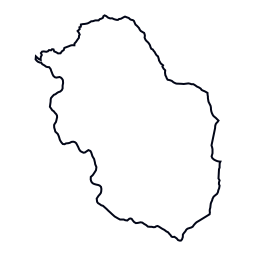 Morro Agudo, São Paulo, Brazil (Mercator projection)
{"feature_id": "56859067B75042481865751", "entity_name": "Morro Agudo", "entity_type": "district", "adm_level": 2, "iso_a3": "BRA", "parent_name": "Brazil", "parent_adm1": "São Paulo", "projection": "mercator", "projection_center": [-48.177, -20.691], "detail": "fine", "context": "isolated", "style": "outline", "palette": "ink", "viewbox_px": 256, "rotation_deg": 0, "n_neighbors": 0, "source": "geoboundaries", "source_scale": "gbopen_adm2", "svg_char_len": 4050}
<svg xmlns="http://www.w3.org/2000/svg" viewBox="0 0 256 256"><path d="M52.5,74.2L53.4,75.9L54.8,77.2L56.3,77.6L59.6,77.0L61.0,77.7L62.0,78.7L62.9,80.2L63.1,83.0L62.6,85.6L62.6,88.4L61.9,90.0L60.3,91.5L58.3,92.2L57.0,93.0L55.5,94.2L53.9,94.8L52.4,96.4L51.0,98.1L50.7,99.5L50.6,101.8L49.9,106.8L51.4,109.0L52.3,110.3L53.7,111.2L55.1,113.0L56.2,114.1L57.0,115.6L57.1,117.3L56.7,118.9L56.4,120.3L55.9,122.1L54.8,123.6L54.1,125.0L54.2,127.6L54.9,129.8L55.3,131.6L57.8,134.0L58.8,136.3L59.4,138.2L59.8,139.7L60.6,141.2L61.4,142.4L62.8,144.0L64.6,144.2L66.0,143.4L68.3,143.2L69.8,142.8L71.5,141.9L73.3,141.7L74.8,142.1L76.2,143.2L77.0,144.7L78.2,147.0L79.2,149.4L80.5,151.2L82.0,152.0L83.5,152.7L84.9,152.5L88.4,150.1L90.4,151.0L91.2,152.4L92.5,156.4L94.1,159.0L94.5,160.7L94.9,162.3L95.2,164.2L96.4,167.1L96.0,170.1L95.3,171.3L93.8,173.6L92.7,175.2L90.8,176.9L90.7,179.5L91.3,181.6L92.6,183.2L94.2,184.0L96.3,184.6L98.2,185.0L99.7,185.6L101.0,186.9L101.4,189.0L101.2,191.5L100.8,193.0L99.9,194.3L98.6,195.7L97.8,196.9L96.7,198.6L97.1,201.8L98.0,203.1L99.9,204.3L101.3,205.3L103.0,205.8L106.6,209.0L108.4,210.8L110.2,212.4L112.0,214.1L114.7,216.5L118.3,218.6L120.0,219.5L123.7,219.5L125.2,220.2L127.3,220.5L129.4,218.7L130.8,218.5L131.9,219.1L132.7,220.4L134.2,222.1L135.9,223.1L137.9,222.9L140.6,222.3L142.3,222.6L144.1,223.9L146.2,225.1L147.9,226.6L150.0,226.8L151.7,226.8L153.5,227.2L155.0,227.1L156.2,226.3L157.6,226.0L159.0,226.7L162.1,228.7L164.4,229.9L166.3,231.4L168.1,232.3L169.4,233.9L170.7,235.3L171.5,236.6L172.8,237.0L174.4,236.8L176.7,238.4L178.1,240.1L179.6,240.6L180.9,240.6L182.0,239.4L182.8,237.1L182.9,234.5L184.1,232.8L185.3,231.4L186.3,229.7L187.5,228.7L189.9,227.9L191.2,227.5L192.7,226.7L193.8,225.1L195.3,223.4L196.6,222.2L199.0,220.8L209.6,214.3L209.9,212.4L209.7,211.0L209.8,209.5L210.3,207.7L210.5,205.7L210.8,203.5L211.5,201.7L212.1,200.5L212.5,198.9L213.6,196.7L215.0,195.5L217.1,193.8L218.0,192.0L218.3,190.3L219.1,188.4L219.6,185.7L218.9,184.0L219.0,182.3L219.6,180.4L218.5,178.5L219.0,169.2L219.6,167.6L219.6,165.4L219.7,163.3L220.4,161.6L218.9,161.5L217.2,161.1L215.5,160.4L214.0,159.6L212.4,158.2L211.6,156.4L212.5,153.3L212.5,149.2L212.1,147.3L211.5,145.4L215.1,128.0L215.2,126.0L215.7,124.2L216.5,123.0L217.6,121.9L218.5,120.6L215.9,118.0L213.6,116.1L212.8,115.0L211.9,113.1L211.3,111.3L211.0,109.6L210.9,107.6L210.6,105.9L209.3,103.3L208.5,101.7L208.2,99.9L207.9,98.1L207.9,96.4L207.6,95.0L207.5,92.9L205.8,91.9L204.5,91.2L203.2,90.7L201.6,89.9L200.7,88.6L199.0,87.5L196.8,86.5L195.5,85.5L193.4,84.2L191.4,84.2L190.0,83.7L188.4,83.4L186.1,83.7L183.7,84.0L181.3,83.8L178.7,83.7L176.3,83.6L175.1,83.1L173.5,82.3L171.8,80.9L169.9,80.2L167.6,79.7L166.7,78.2L166.2,76.8L165.4,75.3L165.0,72.7L165.2,70.3L163.6,68.7L162.4,66.6L163.1,65.3L160.8,63.5L159.7,61.6L159.0,60.4L158.8,59.1L158.4,57.8L158.0,56.4L156.6,55.3L155.5,53.6L154.6,51.9L153.6,50.8L152.8,49.5L151.3,48.8L150.5,47.1L150.0,45.3L149.3,44.1L148.4,42.8L147.5,41.9L146.4,40.9L145.4,39.6L144.6,37.6L144.9,35.8L144.6,34.2L144.1,32.9L142.8,32.2L140.8,31.0L139.7,29.6L139.1,28.2L137.9,26.8L136.6,25.5L135.5,24.6L134.7,22.8L133.9,20.9L132.8,20.1L131.2,19.8L130.0,19.2L128.8,18.0L126.8,17.3L125.0,16.6L123.5,17.3L122.1,18.1L120.8,18.8L119.1,19.0L117.9,19.9L116.3,19.8L114.1,19.2L112.2,18.3L110.2,18.4L108.2,17.7L106.2,16.1L104.6,15.4L103.4,16.2L102.9,17.8L101.5,18.6L99.7,19.2L98.6,20.4L97.1,20.4L95.3,20.4L92.8,21.2L91.2,21.3L89.4,22.5L87.6,23.4L85.6,23.8L84.2,24.0L82.8,24.1L80.9,24.5L80.8,26.7L79.4,27.3L79.7,29.1L77.6,31.0L78.8,32.6L79.7,34.6L79.0,35.8L78.9,37.8L77.4,39.8L76.0,41.9L74.5,43.5L74.4,45.3L72.0,45.2L70.6,45.5L68.7,46.3L66.5,47.1L64.4,47.9L63.7,50.1L61.9,51.3L60.5,53.3L58.0,53.4L56.5,52.4L54.2,51.4L53.5,49.4L52.1,49.2L51.1,50.3L49.0,50.1L47.9,51.3L46.3,51.8L43.8,51.4L42.1,51.6L40.9,53.1L41.8,55.0L40.9,56.7L40.6,58.5L40.7,59.9L38.8,59.0L37.4,57.8L35.9,56.4L35.6,59.4L36.8,60.8L38.0,61.8L39.7,62.5L41.2,62.7L42.3,64.2L44.6,65.5L45.8,66.5L47.1,67.0L49.2,67.2L50.7,69.2L51.2,70.9L52.0,72.8L52.5,74.2Z" fill="none" stroke="#020617" stroke-width="2"/></svg>